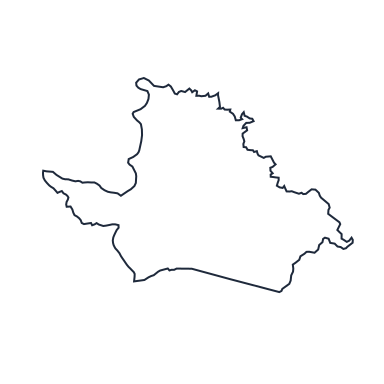 the district of União da Vitória, Paraná, Brazil, rotated 70°
{"feature_id": "56859067B10931018251693", "entity_name": "União da Vitória", "entity_type": "district", "adm_level": 2, "iso_a3": "BRA", "parent_name": "Brazil", "parent_adm1": "Paraná", "projection": "robinson", "projection_center": [-51.106, -26.121], "detail": "fine", "context": "isolated", "style": "outline", "palette": "slate", "viewbox_px": 384, "rotation_deg": 70, "n_neighbors": 0, "source": "geoboundaries", "source_scale": "gbopen_adm2", "svg_char_len": 3605}
<svg xmlns="http://www.w3.org/2000/svg" viewBox="0 0 384 384"><g transform="rotate(70 192 192)"><path d="M70.2,207.1L73.0,207.8L75.6,206.8L77.7,205.1L81.9,199.4L85.8,199.2L89.7,201.1L92.9,203.9L95.0,206.8L96.6,212.0L96.9,219.5L98.2,221.0L101.5,221.0L105.9,219.2L108.6,217.6L110.8,216.8L116.1,217.7L121.5,219.5L126.9,222.3L134.8,227.3L136.4,228.7L137.7,230.7L139.0,235.3L139.4,240.2L142.6,242.0L144.9,241.3L147.7,239.3L155.3,238.4L158.1,239.0L164.3,241.7L166.7,244.1L168.5,248.5L169.2,252.2L171.2,260.1L167.8,262.4L166.0,265.6L164.6,268.4L163.0,271.0L160.4,273.6L157.2,275.9L154.3,276.7L151.7,278.5L149.7,280.4L148.5,283.6L147.2,286.6L146.3,289.7L145.8,291.8L143.8,293.3L142.6,295.2L142.1,297.9L140.2,300.8L137.8,303.9L136.6,306.9L135.1,309.2L129.6,313.5L125.5,315.8L122.8,321.7L121.1,324.5L123.1,325.5L125.3,326.2L127.8,326.7L130.8,326.3L133.7,325.3L137.0,323.9L138.9,322.7L141.1,320.9L144.1,319.7L146.8,318.7L146.6,316.4L146.6,314.0L149.3,313.2L151.3,311.3L153.1,310.4L154.9,310.0L156.7,311.3L158.4,313.2L160.7,314.5L163.0,314.8L164.1,311.1L167.5,310.4L170.8,310.6L173.6,310.3L175.6,308.5L178.1,307.0L180.4,306.2L183.4,306.2L185.2,304.5L185.6,302.4L186.1,299.9L186.6,297.5L189.1,297.2L189.1,294.6L188.6,292.3L190.7,290.7L192.1,288.9L193.6,287.0L194.2,284.3L194.7,281.1L195.1,278.1L196.2,275.1L198.0,272.4L200.5,273.2L202.0,275.8L204.2,278.1L206.1,280.0L207.8,281.5L210.4,283.0L212.8,283.6L215.0,283.8L217.0,283.6L218.8,283.3L221.4,282.2L224.7,281.1L227.9,280.7L230.4,280.1L233.0,279.4L235.4,278.8L238.1,278.1L240.7,277.2L242.7,276.2L245.2,275.1L247.4,274.1L249.4,273.9L252.1,275.0L256.2,277.0L258.4,266.8L257.3,262.0L257.0,259.1L257.1,256.4L255.3,251.1L254.9,248.8L255.6,240.9L258.0,240.0L258.1,237.9L259.0,235.3L258.7,232.7L264.0,218.5L287.0,185.9L292.4,178.1L315.9,144.2L315.6,141.8L313.9,140.2L311.6,132.0L309.0,129.6L304.3,127.3L301.4,124.3L298.6,123.0L294.7,122.1L293.9,118.9L292.4,114.4L289.5,112.1L288.5,107.5L287.4,104.9L288.2,102.4L291.0,97.6L289.2,93.1L285.3,90.6L283.8,86.6L280.9,84.8L280.4,82.7L282.6,79.6L287.1,79.5L289.3,75.6L293.0,73.9L294.6,71.1L297.3,69.2L297.5,66.5L296.6,64.7L294.6,58.4L292.0,57.3L289.5,57.7L291.5,60.9L291.8,63.6L288.7,65.9L287.0,67.4L282.7,65.8L280.0,67.2L277.4,68.4L272.9,63.7L270.9,63.8L259.1,71.5L255.5,69.9L253.8,68.0L250.1,67.7L241.4,72.7L239.1,73.2L236.2,73.1L232.0,75.2L230.4,78.7L231.7,82.8L232.7,85.6L232.0,88.2L230.2,89.3L230.2,92.1L227.3,95.8L225.4,98.0L224.9,100.2L223.8,102.9L220.0,103.2L217.9,103.3L219.2,105.4L217.6,108.1L215.1,110.1L212.4,108.1L210.5,106.5L208.2,105.7L207.0,108.2L205.7,110.6L204.6,112.8L202.5,112.1L202.0,109.8L198.9,111.0L196.0,110.1L196.0,107.7L194.6,104.0L192.5,104.9L185.4,105.8L184.1,110.6L184.5,112.9L180.3,117.0L178.4,117.3L175.8,117.1L175.6,120.0L173.6,120.5L172.6,122.9L171.3,125.4L168.5,125.8L167.4,128.1L164.4,127.3L162.3,125.5L159.8,125.3L156.8,125.4L154.4,124.4L152.9,119.1L149.8,118.6L149.3,122.5L147.4,121.0L145.6,117.4L146.7,114.1L146.5,109.9L143.8,110.3L142.6,112.6L139.9,114.6L138.4,116.5L134.7,116.1L136.0,118.4L138.8,120.8L140.7,120.0L140.7,123.2L139.6,126.3L135.7,126.0L132.6,126.7L129.4,129.0L127.6,127.8L126.7,130.8L125.7,133.1L123.5,134.0L123.7,136.1L122.6,138.9L121.6,136.6L116.8,135.5L109.8,134.4L108.1,133.7L109.1,137.1L109.1,141.2L108.4,143.3L104.9,143.1L106.2,146.4L105.2,150.5L104.0,152.3L103.1,155.0L99.2,152.8L97.4,154.5L98.3,157.7L96.2,158.0L93.9,159.1L95.7,164.3L93.4,167.6L93.5,170.1L95.1,172.6L93.6,174.5L91.3,174.8L88.9,175.2L85.6,175.8L83.1,177.4L83.8,180.1L83.7,183.3L79.3,191.4L75.9,192.9L72.5,194.4L68.4,198.3L68.1,203.3L70.2,207.1Z" fill="none" stroke="#1e293b" stroke-width="2"/></g></svg>